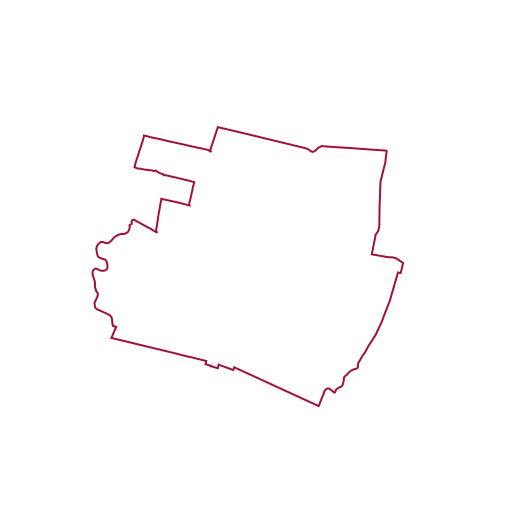 the district of Cosoba, Giurgiu, Romania, rotated 59°
{"feature_id": "2599482B93703236518743", "entity_name": "Cosoba", "entity_type": "district", "adm_level": 2, "iso_a3": "ROU", "parent_name": "Romania", "parent_adm1": "Giurgiu", "projection": "orthographic", "projection_center": [25.808, 44.526], "detail": "fine", "context": "isolated", "style": "outline", "palette": "rose", "viewbox_px": 512, "rotation_deg": 59, "n_neighbors": 0, "source": "geoboundaries", "source_scale": "gbopen_adm2", "svg_char_len": 6017}
<svg xmlns="http://www.w3.org/2000/svg" viewBox="0 0 512 512"><g transform="rotate(59 256 256)"><path d="M416.9,279.6L412.4,273.7L409.0,269.1L408.3,268.2L407.9,268.0L407.5,267.6L406.6,265.8L406.4,265.2L406.3,263.3L406.4,262.7L406.7,262.2L407.1,261.9L407.9,261.3L409.2,260.9L411.5,259.8L413.2,259.5L413.4,259.1L413.5,258.5L413.2,258.0L412.8,257.4L412.2,256.8L411.9,256.5L411.5,254.8L411.4,253.4L411.5,252.6L411.9,250.0L411.3,248.5L410.7,247.6L408.7,245.6L407.9,244.9L407.5,244.7L405.9,243.5L405.4,243.0L405.1,242.3L404.8,241.3L404.7,240.6L404.6,238.9L403.7,236.8L403.4,235.1L403.3,233.8L403.3,232.7L403.4,232.2L403.5,230.7L404.2,228.2L404.3,227.1L404.1,226.5L403.7,225.8L403.2,225.3L401.9,224.7L400.7,223.7L399.8,222.4L398.6,220.0L396.4,216.2L395.9,214.9L394.7,212.2L392.2,207.8L391.6,207.0L386.8,197.3L384.7,193.1L383.6,191.7L377.3,182.3L370.6,173.8L364.0,165.3L362.5,163.4L360.6,161.5L345.4,145.1L343.9,143.4L343.5,142.8L343.4,142.7L343.6,142.6L345.0,140.8L345.0,140.7L344.8,140.4L344.7,140.2L344.1,139.7L337.7,133.5L330.5,136.9L330.0,137.2L327.6,139.5L326.9,140.5L326.4,141.6L325.9,141.9L325.7,142.4L325.4,142.9L324.8,143.7L314.2,155.9L313.3,155.1L303.7,146.4L303.5,146.1L302.9,145.6L299.9,143.0L299.6,142.9L298.7,141.0L298.6,140.7L297.2,138.0L293.7,134.8L276.9,124.4L267.2,118.0L257.5,111.8L256.6,111.2L256.2,110.7L254.0,108.6L243.1,97.7L242.5,97.0L241.1,95.9L240.9,95.9L239.5,94.8L239.2,94.7L238.8,94.2L237.8,93.4L237.6,93.2L236.9,92.7L236.6,92.5L233.6,90.1L233.0,89.9L232.7,90.1L223.8,102.9L211.1,120.9L202.7,133.1L196.7,141.6L196.0,142.6L195.6,142.8L195.5,145.9L195.4,146.4L195.3,146.5L195.4,147.0L195.6,148.1L195.8,148.4L196.0,149.0L196.1,149.9L196.1,150.3L196.2,150.8L196.3,151.7L196.2,152.9L196.1,153.3L195.8,153.9L195.2,154.5L194.9,154.6L194.3,155.1L193.0,155.6L191.4,156.3L189.5,157.7L178.1,169.2L146.3,201.4L131.1,217.0L130.9,217.0L130.0,218.3L129.9,218.3L127.5,220.7L126.3,221.9L126.2,222.0L125.9,222.3L142.3,241.4L142.9,240.8L143.0,241.0L143.0,241.3L142.2,241.6L141.6,241.9L140.8,242.2L139.7,243.2L136.1,246.9L133.1,250.3L128.6,255.0L120.9,263.0L119.7,264.3L115.3,268.9L113.5,270.8L112.2,272.3L111.0,273.4L109.4,275.1L107.7,276.8L106.7,277.8L106.3,278.3L105.5,279.1L103.8,280.9L102.1,282.8L100.2,284.8L98.9,286.1L97.8,287.1L97.0,287.9L96.2,288.8L95.1,290.0L95.4,290.2L95.8,290.5L96.4,291.0L97.3,292.1L97.7,292.4L98.2,292.9L98.6,293.4L99.2,294.1L99.6,294.6L100.3,295.4L103.2,298.6L105.1,300.9L106.7,302.8L107.8,303.9L110.2,306.7L112.9,309.9L113.7,310.8L116.1,313.2L117.2,314.4L117.5,314.2L118.4,313.7L119.3,313.0L120.0,312.3L120.6,311.6L121.0,311.0L121.4,310.4L121.7,310.0L123.2,308.5L123.6,308.1L124.0,307.7L124.5,307.1L125.0,306.6L125.2,306.2L125.5,305.7L125.8,305.1L126.7,304.3L127.0,303.9L127.2,303.7L127.3,303.3L128.0,302.5L128.5,301.9L128.7,301.5L129.2,300.9L129.7,300.6L130.5,299.9L130.7,299.6L130.7,299.2L130.7,298.8L130.8,298.5L130.9,298.3L131.1,298.0L131.4,297.8L131.6,297.6L132.3,297.5L132.7,297.4L133.6,296.8L134.3,296.4L135.1,296.0L136.1,295.3L137.8,293.6L138.3,293.3L138.5,293.4L138.8,293.6L139.0,293.6L139.3,293.5L139.5,293.2L139.9,292.3L140.1,292.0L140.8,291.2L141.9,290.1L145.4,286.5L148.4,283.3L150.5,281.2L152.7,279.0L153.8,278.0L154.5,277.3L155.6,275.9L158.4,273.3L159.7,272.0L160.7,271.0L160.9,270.9L161.2,271.0L161.4,271.1L163.2,273.3L164.0,274.2L165.1,275.2L167.3,277.1L169.8,279.6L171.4,281.0L172.5,282.2L174.7,284.2L176.3,285.9L177.1,286.6L178.0,286.9L178.2,287.0L178.3,287.0L177.6,287.9L177.4,288.2L176.2,289.2L174.8,290.5L172.3,293.0L169.7,295.6L161.0,304.8L158.4,307.6L158.2,307.8L158.6,308.0L158.9,308.2L159.4,308.5L160.1,309.2L161.0,310.0L161.9,310.9L164.3,313.0L166.1,314.5L167.5,315.7L170.4,318.3L173.5,320.8L175.8,322.7L177.7,324.3L179.5,325.8L181.5,327.6L182.5,328.3L183.5,328.6L184.2,328.7L184.4,328.8L184.5,328.8L184.5,329.0L183.9,329.4L183.0,330.0L182.1,330.5L178.9,332.0L177.6,332.7L176.3,333.6L175.0,334.4L173.4,335.3L171.8,336.3L169.9,337.4L168.6,338.1L167.0,339.0L166.2,339.4L165.2,340.1L164.2,340.8L162.0,341.9L161.8,342.1L161.7,342.3L161.6,342.6L161.6,342.8L161.7,343.1L161.5,343.4L161.5,343.6L162.1,344.4L162.5,344.9L162.8,345.1L163.6,345.6L164.2,345.8L164.4,345.9L164.4,346.0L164.5,346.3L164.5,347.5L164.5,348.6L165.7,349.1L167.5,350.4L167.7,350.8L168.0,351.1L168.4,351.7L169.2,352.8L169.5,353.9L169.5,354.6L169.5,355.6L169.2,358.0L168.9,358.5L168.4,359.1L167.7,360.0L167.4,361.2L167.0,362.7L166.9,364.2L166.9,367.2L167.2,368.8L167.7,370.1L168.2,371.6L168.4,372.4L168.6,373.6L168.8,374.9L168.7,375.9L168.3,377.2L167.5,378.2L165.8,379.4L164.8,380.4L164.1,381.7L164.2,383.7L164.9,385.9L165.2,386.5L165.5,386.7L165.8,387.4L166.7,388.4L168.0,389.4L170.3,390.3L172.4,391.1L174.2,391.6L175.3,391.6L176.4,391.2L178.0,390.1L179.4,389.1L180.5,388.0L181.1,387.3L181.7,387.1L182.3,386.9L183.2,386.9L184.2,387.0L185.3,387.3L186.4,387.7L187.8,388.3L189.1,389.1L189.9,389.9L190.5,390.8L190.7,391.7L190.6,392.9L190.3,393.9L189.9,394.8L189.1,395.9L187.9,397.2L186.9,398.0L185.4,398.7L184.7,399.3L184.2,399.8L184.1,400.4L184.1,401.6L184.3,402.6L184.7,403.5L185.4,404.2L186.5,404.9L187.5,405.5L188.5,405.9L190.5,406.3L191.8,406.5L193.2,406.9L194.3,407.2L195.1,407.4L197.0,408.4L198.2,409.1L199.3,409.8L200.3,410.2L201.8,410.5L202.9,410.8L203.7,411.0L204.3,411.1L205.2,410.9L205.8,410.8L206.4,410.9L207.1,411.1L207.8,411.6L208.6,412.3L209.6,413.4L210.2,414.4L211.1,415.7L211.8,416.6L212.2,417.6L212.8,418.4L213.4,418.8L214.9,419.4L216.1,420.0L217.0,420.3L217.9,420.3L219.1,420.0L219.8,419.7L221.1,418.8L223.2,417.3L224.5,416.4L226.1,415.3L228.5,413.6L230.5,412.4L231.5,411.9L232.3,411.6L233.5,411.5L234.4,411.6L235.0,411.5L235.5,411.8L236.4,412.2L237.3,412.6L237.9,412.8L238.6,413.1L239.1,413.4L239.8,413.9L240.5,414.2L241.1,414.2L242.0,414.0L242.4,414.6L243.1,414.1L244.7,412.3L245.9,413.9L247.2,415.8L249.1,418.4L251.8,422.1L276.1,397.5L297.4,375.8L307.1,366.3L308.3,364.7L311.5,361.6L320.4,352.7L322.8,355.0L326.9,351.1L327.2,351.5L332.5,346.5L329.9,344.0L342.0,334.2L340.2,332.0L342.5,330.4L342.9,330.1L416.9,279.6Z" fill="none" stroke="#9f1239" stroke-width="2"/></g></svg>